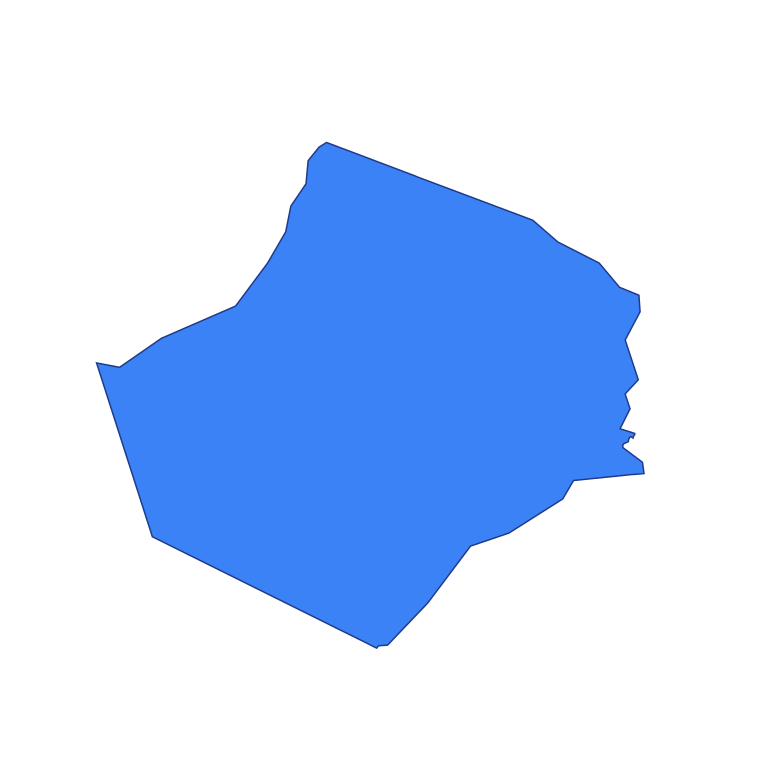 Hoke, North Carolina, United States of America, rotated 70°
{"feature_id": "52423323B67745221671047", "entity_name": "Hoke", "entity_type": "district", "adm_level": 2, "iso_a3": "USA", "parent_name": "United States of America", "parent_adm1": "North Carolina", "projection": "albers", "projection_center": [-79.199, 35.024], "detail": "fine", "context": "isolated", "style": "filled", "palette": "blue", "viewbox_px": 768, "rotation_deg": 70, "n_neighbors": 0, "source": "geoboundaries", "source_scale": "gbopen_adm2", "svg_char_len": 866}
<svg xmlns="http://www.w3.org/2000/svg" viewBox="0 0 768 768"><g transform="rotate(70 384 384)"><path d="M557.1,170.3L546.0,167.9L525.6,181.2L523.9,180.9L522.6,179.9L522.2,179.3L521.7,174.1L519.7,173.0L517.8,170.8L517.9,170.2L519.6,168.6L519.9,168.5L518.6,167.5L518.0,166.9L517.4,165.7L516.2,165.3L506.8,177.5L491.5,161.3L475.8,160.8L467.0,143.6L425.1,142.3L403.8,118.7L387.8,114.1L373.7,129.6L344.0,140.4L310.0,172.1L281.0,188.2L201.8,280.7L199.8,282.9L199.3,283.4L137.4,355.4L139.2,364.0L148.2,378.9L169.2,388.8L185.0,410.7L207.4,424.3L230.6,452.1L260.0,496.8L264.9,577.4L277.9,626.8L265.9,646.9L448.3,653.9L477.1,626.5L598.4,511.0L616.4,493.8L626.0,484.7L626.6,484.2L629.7,481.2L628.1,478.7L630.6,470.0L604.8,417.9L565.9,358.1L566.8,317.6L553.1,255.3L539.5,238.9L553.6,183.0L555.3,177.1L557.1,170.3Z" fill="#3b82f6" stroke="#1e3a8a" stroke-width="1.5"/></g></svg>